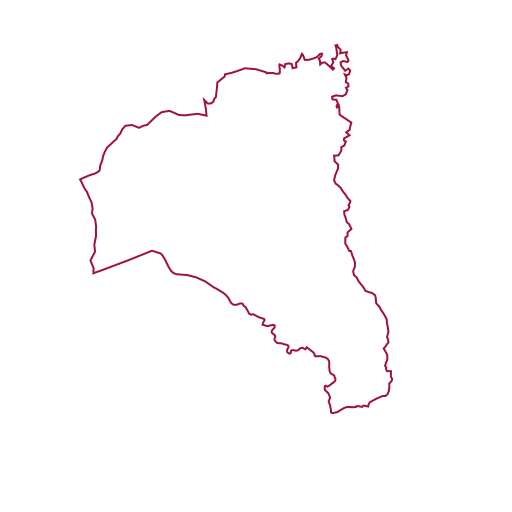 Faranah, Faranah, Guinea, rotated 339°
{"feature_id": "49546643B80456504828542", "entity_name": "Faranah", "entity_type": "district", "adm_level": 2, "iso_a3": "GIN", "parent_name": "Guinea", "parent_adm1": "Faranah", "projection": "orthographic", "projection_center": [-10.65, 9.821], "detail": "fine", "context": "isolated", "style": "outline", "palette": "rose", "viewbox_px": 512, "rotation_deg": 339, "n_neighbors": 0, "source": "geoboundaries", "source_scale": "gbopen_adm2", "svg_char_len": 5538}
<svg xmlns="http://www.w3.org/2000/svg" viewBox="0 0 512 512"><g transform="rotate(339 256 256)"><path d="M119.2,121.5L119.8,126.0L119.8,128.0L120.2,131.5L121.1,135.3L121.3,142.2L121.7,146.8L120.5,153.0L118.1,157.6L118.9,164.4L117.3,171.1L115.6,175.1L113.7,180.2L109.1,187.5L107.3,194.2L99.8,200.9L100.0,207.6L100.2,209.0L99.5,210.3L98.9,211.6L98.6,213.1L98.1,213.8L105.3,214.0L134.7,214.2L135.9,214.2L144.0,214.1L145.8,214.0L150.3,214.0L160.7,213.8L160.9,213.9L163.5,216.0L168.0,219.6L168.9,221.8L169.2,223.9L169.8,226.9L170.4,234.4L171.4,239.6L172.3,241.4L172.7,242.2L172.9,242.4L173.1,242.6L175.4,244.6L185.9,249.6L186.2,250.1L192.3,254.3L197.1,259.1L199.4,261.4L202.5,265.9L205.5,270.4L207.5,272.4L208.3,273.5L212.1,278.5L213.1,280.2L213.6,281.1L213.7,281.3L214.3,282.9L214.9,284.4L215.1,284.8L215.8,290.5L216.3,291.5L217.0,292.8L218.8,294.2L220.6,294.5L221.3,294.6L223.9,294.6L225.4,295.0L226.1,295.7L226.5,296.1L226.6,297.1L226.6,298.0L228.0,300.1L228.6,304.3L228.9,306.9L228.9,307.4L229.5,308.0L230.5,309.1L231.5,309.2L232.5,309.3L236.5,314.0L240.9,317.6L240.9,318.8L241.0,318.9L238.4,321.1L237.5,322.5L240.6,324.9L241.4,325.5L247.4,326.4L248.2,327.1L248.5,328.0L247.5,329.6L244.3,331.1L243.4,332.4L243.3,333.4L245.2,336.8L245.2,338.1L243.3,340.3L243.3,341.9L244.4,344.5L244.6,344.7L246.4,345.8L248.3,346.5L250.9,348.7L253.1,350.0L254.1,351.4L253.5,353.0L251.7,354.4L250.7,356.7L251.2,357.9L252.3,359.2L253.5,359.2L254.8,356.9L257.0,357.1L258.4,358.1L259.2,358.7L261.5,359.1L263.8,358.0L266.5,358.3L268.3,360.5L268.8,360.8L269.1,360.6L270.6,359.4L271.9,361.4L275.2,366.9L275.4,369.3L275.0,370.1L276.0,371.2L280.2,372.5L284.9,376.0L286.2,378.1L286.6,380.6L285.2,384.2L284.4,386.2L283.5,389.9L283.6,392.0L284.0,392.2L283.6,392.0L283.6,392.4L286.2,395.5L286.0,397.1L286.1,399.3L285.5,400.4L285.2,400.9L282.6,402.1L281.7,402.0L280.8,402.4L278.8,403.1L276.3,403.5L275.8,403.6L275.1,402.6L274.7,402.1L273.6,402.2L273.5,402.3L273.2,402.9L272.3,405.6L272.6,406.3L274.4,410.2L274.4,414.8L271.7,417.8L271.7,421.2L270.7,427.2L270.3,428.0L270.0,428.8L270.8,430.0L275.8,430.9L278.4,430.4L283.5,429.5L284.5,429.5L286.9,429.5L293.2,432.3L295.6,432.7L295.8,432.3L296.3,432.5L296.9,432.6L297.9,433.0L299.5,434.0L301.0,434.9L302.8,434.1L305.0,435.5L306.1,436.3L306.8,436.7L307.4,435.6L309.5,433.5L311.8,433.0L313.9,432.8L317.7,432.3L324.1,432.1L326.7,433.1L329.4,432.1L331.7,429.6L333.5,426.2L334.6,422.9L336.0,422.2L338.1,421.1L339.1,419.5L338.6,417.1L340.7,411.9L337.0,410.4L336.9,407.8L337.6,406.8L337.5,406.4L337.1,404.9L339.4,401.8L341.0,400.4L342.0,398.6L343.1,395.0L342.4,390.2L342.1,388.1L344.4,386.9L347.1,385.0L348.7,384.1L349.4,381.1L349.2,378.8L350.1,377.5L352.4,374.4L353.2,371.2L354.1,366.1L355.3,361.8L354.8,357.8L354.4,355.2L353.5,351.7L353.1,347.9L351.3,343.3L352.1,340.0L352.8,338.1L353.1,335.5L351.2,332.2L348.5,330.3L345.6,327.6L345.3,325.1L344.6,322.1L343.6,319.2L342.8,316.8L342.2,311.8L340.6,309.0L341.3,304.9L344.4,301.5L345.8,298.4L346.3,295.0L346.1,290.7L346.3,287.6L346.4,285.4L344.9,284.7L344.4,279.4L343.8,276.4L346.0,270.8L348.6,270.2L349.9,266.8L354.8,264.9L354.3,259.6L352.9,256.8L353.4,251.9L353.4,248.5L353.6,248.1L354.3,245.8L356.1,245.9L358.5,245.8L360.9,243.5L360.6,241.7L362.0,240.7L363.8,238.6L362.3,234.7L361.5,230.8L360.1,226.3L359.5,222.7L358.0,219.7L356.4,217.1L356.2,215.6L355.9,213.5L357.9,210.5L358.7,209.2L363.8,203.9L365.4,200.2L363.3,195.6L364.2,193.0L364.3,192.6L364.8,190.3L369.0,191.6L371.9,189.4L373.5,188.0L374.7,184.9L378.1,184.5L380.9,181.3L379.5,179.4L380.5,177.7L383.7,177.3L386.6,176.8L384.6,172.8L388.5,171.9L390.6,168.6L392.8,165.6L389.5,160.9L386.7,157.0L384.7,154.0L387.0,146.9L387.3,145.1L384.9,146.3L384.8,145.2L387.2,142.6L387.0,139.0L385.6,138.4L383.6,137.1L384.1,134.5L388.2,134.7L394.1,137.8L397.8,137.2L400.8,133.9L400.3,131.2L403.1,130.8L403.9,128.1L402.1,125.9L404.3,122.2L404.0,118.3L405.7,119.8L408.1,119.6L410.4,116.6L409.6,114.6L409.4,114.1L405.6,115.0L404.7,111.8L404.0,110.2L403.7,107.9L404.5,105.5L405.6,105.4L407.0,105.2L408.7,106.1L410.8,107.6L412.3,106.9L412.4,104.6L411.9,101.1L412.5,100.3L413.9,98.3L410.4,97.5L407.1,96.9L408.5,95.1L408.8,93.4L408.0,91.6L407.4,90.3L407.4,88.1L405.7,87.9L405.6,89.7L404.9,93.3L403.8,97.7L400.7,100.7L398.8,99.3L397.7,99.4L397.6,102.9L396.1,104.1L394.2,105.6L396.1,108.8L394.6,109.5L392.6,105.3L389.8,100.1L387.1,99.2L384.6,100.2L385.7,96.3L385.3,94.2L388.6,93.0L390.1,90.8L388.3,90.2L384.4,92.0L380.8,92.2L375.2,91.7L371.7,90.3L371.9,88.6L371.8,84.8L371.2,83.7L369.4,85.8L367.6,87.5L364.9,89.2L362.6,90.0L362.0,91.9L361.4,94.3L359.6,94.1L357.5,93.8L357.8,92.3L358.0,89.3L355.4,87.9L352.2,87.3L350.2,90.1L348.8,87.7L346.7,85.6L346.0,86.6L345.2,90.1L343.7,93.8L342.6,94.0L342.2,93.7L341.7,93.6L339.7,93.0L338.1,91.7L336.9,91.0L335.1,90.4L333.6,89.7L331.4,89.3L331.4,88.2L322.9,81.6L313.0,76.8L307.6,76.7L299.1,76.3L292.2,75.3L291.1,77.2L282.1,80.1L279.2,86.2L275.5,93.2L273.3,94.4L271.3,96.8L268.5,97.4L265.7,96.5L265.6,96.4L263.6,91.8L261.9,100.8L260.1,107.3L252.7,102.4L246.1,100.7L240.2,99.3L234.7,96.8L228.3,90.5L227.2,89.5L219.5,87.9L212.6,89.8L201.3,94.6L197.5,94.0L192.8,94.4L190.0,91.9L187.3,89.3L180.7,87.6L179.8,88.1L176.6,89.8L174.3,91.9L173.7,92.6L173.4,92.8L173.1,93.2L172.0,93.6L171.0,94.1L169.2,95.3L167.8,96.6L167.6,96.9L164.7,97.8L159.9,99.8L155.9,101.4L152.3,104.4L149.2,107.8L146.8,111.5L144.4,114.2L142.5,116.3L141.7,118.3L140.5,120.1L140.4,120.2L139.6,120.6L138.2,120.9L136.2,121.2L134.4,121.3L130.8,121.0L128.2,121.0L125.8,121.1L122.6,121.2L119.2,121.5Z" fill="none" stroke="#9f1239" stroke-width="2"/></g></svg>